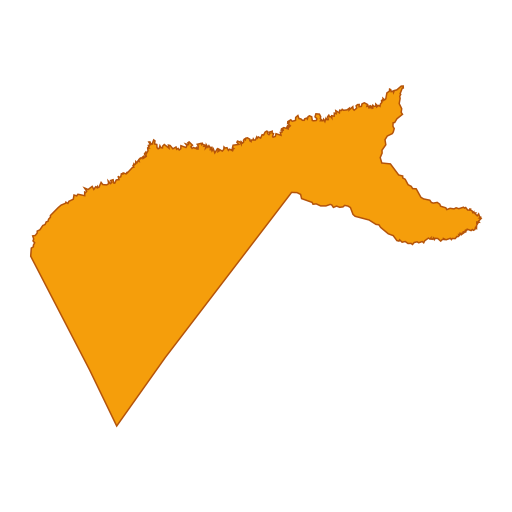 the district of Papunaua(cor. Departamental), Vaupés, Colombia
{"feature_id": "7082276B69012408325747", "entity_name": "Papunaua(cor. Departamental)", "entity_type": "district", "adm_level": 2, "iso_a3": "COL", "parent_name": "Colombia", "parent_adm1": "Vaupés", "projection": "robinson", "projection_center": [-70.32, 1.617], "detail": "fine", "context": "isolated", "style": "filled", "palette": "amber", "viewbox_px": 512, "rotation_deg": 0, "n_neighbors": 0, "source": "geoboundaries", "source_scale": "gbopen_adm2", "svg_char_len": 6067}
<svg xmlns="http://www.w3.org/2000/svg" viewBox="0 0 512 512"><path d="M116.7,426.0L165.4,357.3L291.6,192.4L297.0,192.6L300.6,194.4L301.6,198.6L312.1,202.4L313.0,204.2L316.3,203.9L320.6,205.9L326.0,205.9L330.2,204.4L331.7,204.9L333.4,207.4L336.6,206.1L339.7,207.3L343.0,206.9L344.7,205.4L347.8,206.0L350.4,207.5L353.0,214.4L355.1,216.3L369.1,220.0L376.0,224.4L378.9,224.8L380.6,227.4L388.3,233.8L393.2,235.6L396.9,240.6L399.0,241.1L399.6,239.8L402.1,242.2L405.2,241.5L408.0,243.5L411.1,243.4L412.5,244.5L414.2,242.5L417.1,241.8L418.7,242.8L422.2,241.5L423.7,242.8L424.7,240.8L428.4,238.1L430.0,239.1L431.0,237.9L431.0,239.0L432.3,239.3L433.1,238.5L433.8,239.2L433.7,238.1L434.7,239.1L435.1,238.3L437.8,238.5L440.7,241.1L442.6,239.3L444.0,239.5L443.8,238.7L446.0,239.8L450.3,238.3L451.4,239.6L452.2,238.5L455.2,238.6L457.0,236.4L457.9,236.7L459.5,235.4L458.9,234.5L459.8,234.5L460.1,233.3L461.4,234.6L462.2,233.1L462.5,233.8L464.0,232.7L463.7,231.9L465.4,232.0L465.3,230.9L465.9,231.2L465.9,230.1L466.8,230.2L467.2,229.2L471.1,230.6L472.3,229.5L473.4,230.3L474.9,229.5L475.5,227.5L476.5,228.4L476.6,225.3L478.0,223.0L476.8,223.2L476.8,222.0L479.2,222.2L478.5,221.2L481.0,218.6L479.4,218.1L481.3,217.1L479.8,217.1L478.6,213.9L477.2,215.8L475.1,213.7L475.7,213.0L473.9,212.8L473.8,211.8L472.8,212.6L472.2,211.0L470.4,209.9L470.6,209.1L469.8,209.0L469.7,210.2L467.6,210.0L465.7,207.5L464.5,208.1L463.5,207.2L458.8,208.7L456.1,207.8L454.0,208.9L450.1,208.3L446.8,209.6L445.8,207.8L440.6,206.2L439.8,204.2L437.2,202.4L433.4,203.1L431.4,202.5L429.8,200.2L423.6,198.9L420.9,197.3L416.2,188.8L412.6,188.6L411.3,186.4L408.1,184.7L405.2,179.3L402.7,177.9L402.7,176.0L398.7,175.0L390.4,163.9L381.8,163.0L380.2,157.6L382.1,153.1L382.0,150.2L385.8,144.8L385.0,139.7L387.3,136.0L392.3,133.6L393.3,131.9L394.2,128.6L392.9,126.3L393.1,122.8L394.7,122.5L396.9,118.8L402.5,114.3L401.2,112.4L401.7,108.7L399.2,103.6L400.1,98.4L399.7,96.4L400.7,94.4L400.1,93.7L402.3,88.1L403.3,88.0L403.2,86.0L401.2,86.1L396.8,89.9L394.3,90.5L393.5,92.5L393.1,91.0L391.2,91.7L390.7,89.6L389.6,89.1L389.4,91.2L386.9,92.9L385.8,98.8L384.6,99.9L383.0,98.4L383.2,101.2L382.4,99.9L381.5,100.6L381.8,102.5L380.5,103.9L380.0,106.3L378.8,105.4L376.9,106.8L377.2,105.4L375.8,104.1L375.9,106.2L373.9,106.4L372.8,105.2L372.2,106.5L372.9,108.0L372.1,108.4L370.6,105.8L370.0,106.2L370.4,107.7L368.8,107.8L368.8,106.0L366.9,106.4L367.6,104.5L364.3,102.8L362.0,103.9L361.4,106.4L359.1,106.7L359.2,104.5L357.5,104.6L356.1,105.8L356.7,108.1L354.2,110.2L353.1,109.1L352.8,106.7L349.1,110.0L349.3,108.2L347.0,109.9L343.5,110.3L342.2,109.3L341.4,110.5L339.7,110.2L339.4,112.9L335.8,110.7L336.2,113.7L334.3,113.1L334.2,116.2L331.7,115.7L331.8,117.8L331.1,116.7L329.5,116.7L328.8,115.2L327.6,116.7L328.3,119.6L327.0,119.7L326.0,118.2L324.9,121.6L323.6,119.2L322.9,120.8L320.5,120.7L321.4,119.5L320.3,118.6L320.7,116.7L319.4,114.1L315.9,113.8L315.0,116.9L316.8,118.5L316.8,119.6L316.2,120.5L313.5,120.8L312.3,120.5L311.7,116.8L309.5,115.8L308.1,116.6L307.3,119.1L306.5,118.1L304.7,118.8L304.2,120.3L302.4,120.3L300.9,118.9L299.0,118.6L297.9,115.5L295.7,117.4L295.5,120.4L292.2,121.3L290.8,119.8L287.8,121.6L287.7,123.1L289.1,122.2L288.5,124.1L290.3,125.8L288.7,127.4L288.4,125.9L287.6,125.7L286.9,127.1L288.1,127.7L288.2,128.9L283.8,127.6L281.5,128.9L281.3,129.9L282.9,129.0L283.2,130.3L282.1,130.4L282.0,132.1L280.3,132.4L281.0,135.3L276.0,133.7L275.3,136.4L273.1,137.2L272.6,136.4L273.5,133.6L272.1,133.1L272.2,131.2L269.1,132.2L270.0,133.4L269.0,134.7L267.6,133.6L267.5,131.4L266.7,131.1L265.1,132.1L263.6,135.0L262.1,134.7L260.6,138.1L258.3,136.9L257.3,138.2L256.7,137.0L255.4,140.0L254.1,140.1L253.3,138.9L253.0,140.0L251.4,140.0L251.1,141.6L249.8,140.7L249.8,139.2L247.4,137.8L245.7,138.2L245.4,139.8L244.4,139.0L243.5,140.3L243.6,142.2L242.4,143.2L241.3,141.9L241.2,144.1L240.1,142.0L237.5,141.1L236.9,142.3L238.8,144.4L233.1,145.2L232.5,147.6L233.8,148.6L231.7,149.3L232.9,150.1L232.6,150.8L229.6,149.2L228.4,150.4L227.0,147.7L225.0,148.0L224.0,147.0L223.8,149.4L222.3,151.1L218.9,149.2L219.2,150.8L218.0,151.6L218.2,149.3L217.4,148.7L214.8,152.9L213.3,148.8L212.0,150.9L211.6,149.5L210.3,149.7L210.4,147.8L211.8,148.2L212.0,147.4L209.8,147.3L208.9,145.7L207.9,147.3L206.5,145.1L206.6,147.1L205.5,148.3L205.9,146.2L204.0,146.3L205.0,145.1L203.0,144.6L202.4,143.5L201.7,144.6L201.2,143.3L197.2,144.3L198.3,146.0L198.0,149.1L196.7,148.9L196.6,147.4L195.2,148.4L193.6,147.5L192.1,148.4L190.9,146.8L192.5,145.2L189.1,141.9L187.9,142.8L188.7,143.9L188.2,144.7L185.6,143.9L186.9,145.6L186.0,147.5L180.9,145.7L180.8,148.7L179.2,150.0L178.1,148.4L176.7,149.3L176.0,147.0L172.9,148.8L170.1,145.5L168.4,145.1L169.0,148.2L164.3,144.5L162.5,146.3L162.5,147.9L160.8,147.7L159.9,145.8L159.2,148.3L158.1,148.8L157.0,147.6L156.8,144.5L154.5,143.9L155.0,140.9L153.7,139.9L152.1,144.1L150.7,143.6L150.0,141.9L148.8,142.0L150.4,144.7L148.4,145.4L149.0,146.5L148.0,147.5L148.9,148.1L147.7,148.4L148.0,150.8L146.3,153.8L145.8,152.1L144.5,153.8L145.2,156.0L146.1,155.6L146.3,156.4L143.0,158.5L142.8,157.7L144.0,157.1L143.5,156.3L140.7,158.7L140.3,158.1L138.8,159.6L139.2,161.4L138.0,160.8L136.9,162.8L135.8,161.6L135.6,163.9L134.6,164.8L133.9,163.8L133.3,165.5L132.8,164.9L133.8,167.2L132.4,167.5L127.5,172.7L126.6,172.0L127.1,173.0L126.1,173.9L123.1,172.9L122.7,173.6L123.6,174.1L121.4,173.8L120.7,176.9L119.0,177.3L118.1,176.1L119.0,179.6L116.3,179.9L114.7,183.2L113.6,182.9L113.1,179.7L110.6,180.5L111.7,182.4L110.6,183.6L108.2,181.0L108.7,183.6L106.7,184.9L102.8,184.6L101.1,182.4L99.0,187.2L97.5,187.8L97.4,186.6L96.8,187.4L95.7,186.7L93.8,189.4L92.2,186.4L88.1,189.5L84.5,188.0L86.7,191.2L85.6,192.6L84.7,192.1L84.7,195.7L78.8,194.4L77.8,194.3L76.7,195.9L74.0,195.0L73.3,199.2L68.9,201.3L67.9,203.4L65.9,202.2L65.7,203.2L61.1,205.1L58.2,207.6L50.4,215.5L50.4,217.3L48.6,219.1L48.0,221.3L46.2,221.9L45.1,224.5L42.8,225.5L39.9,229.8L37.2,231.1L37.2,233.0L35.2,235.5L32.7,235.9L33.7,239.0L33.0,240.9L34.7,242.8L33.4,245.1L33.4,246.8L31.3,248.1L30.7,256.2L89.6,369.9L116.7,426.0Z" fill="#f59e0b" stroke="#b45309" stroke-width="1.5"/></svg>